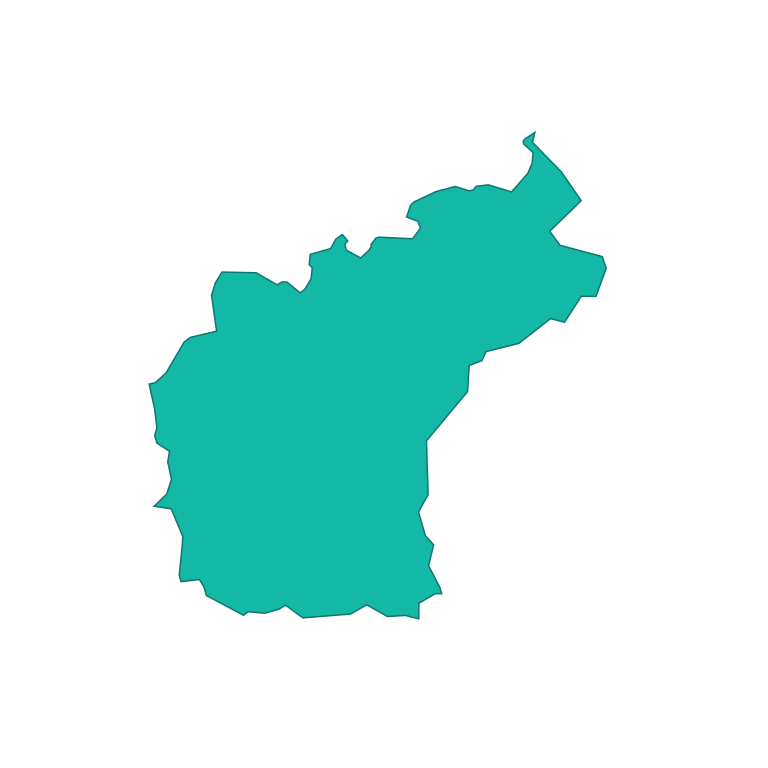 Anne Arundel, Maryland, United States of America (Natural Earth projection), rotated 226°
{"feature_id": "52423323B67559228618519", "entity_name": "Anne Arundel", "entity_type": "district", "adm_level": 2, "iso_a3": "USA", "parent_name": "United States of America", "parent_adm1": "Maryland", "projection": "natural_earth1", "projection_center": [-76.564, 38.975], "detail": "fine", "context": "isolated", "style": "filled", "palette": "teal", "viewbox_px": 768, "rotation_deg": 226, "n_neighbors": 0, "source": "geoboundaries", "source_scale": "gbopen_adm2", "svg_char_len": 1695}
<svg xmlns="http://www.w3.org/2000/svg" viewBox="0 0 768 768"><g transform="rotate(226 384 384)"><path d="M314.9,125.9L314.5,128.1L301.9,139.1L294.9,152.3L293.4,159.5L272.1,163.2L241.8,200.1L237.1,218.2L214.3,225.0L202.8,238.5L190.9,245.9L202.1,256.9L197.5,275.3L193.1,279.8L198.6,282.8L222.4,289.9L233.8,308.0L246.1,308.4L267.9,319.9L273.8,338.9L313.6,375.0L320.5,438.8L338.1,458.1L332.8,470.8L336.4,480.0L319.6,509.1L315.3,549.2L303.0,556.8L310.1,586.8L299.8,597.3L312.8,624.2L324.0,629.5L361.5,607.0L378.7,609.3L378.9,653.2L413.3,658.9L454.7,658.7L460.2,667.3L462.4,655.5L461.9,652.7L459.6,651.2L446.9,652.0L439.8,643.7L435.6,633.6L433.6,609.1L454.8,597.4L462.1,587.8L461.7,582.6L464.1,579.2L476.7,572.4L486.4,554.8L494.2,531.9L494.2,527.4L488.4,516.3L477.4,521.4L471.1,518.6L470.8,518.4L468.6,505.5L475.8,498.7L493.5,482.0L494.6,479.2L493.3,471.5L491.7,470.3L490.7,466.0L490.8,461.9L490.9,454.8L494.2,453.7L506.4,449.9L511.9,453.1L512.0,457.3L515.5,457.6L520.5,457.9L521.7,450.1L518.5,439.6L528.5,421.1L522.0,413.2L517.4,413.0L510.3,404.5L507.2,392.8L507.8,387.0L514.5,386.2L524.8,385.0L527.3,382.5L528.3,381.6L529.6,376.0L548.4,370.6L552.8,369.3L577.1,345.2L573.9,333.0L567.6,321.5L538.3,300.3L538.3,300.2L543.9,290.8L552.0,277.2L553.0,269.3L552.8,268.7L551.5,263.9L543.4,235.0L543.8,220.4L547.1,215.0L545.1,213.8L537.2,208.9L526.2,202.2L510.1,190.1L506.2,183.2L499.4,179.7L499.2,179.6L484.9,182.9L484.6,183.0L478.1,174.2L475.1,172.4L468.7,168.5L463.1,165.0L455.8,151.3L455.7,133.7L442.1,144.2L418.5,135.1L415.9,134.0L414.1,133.4L408.3,127.0L388.8,104.0L382.8,100.7L371.6,115.4L363.1,113.5L355.2,109.3L315.2,122.3L314.9,125.9Z" fill="#14b8a6" stroke="#0f766e" stroke-width="1.5"/></g></svg>